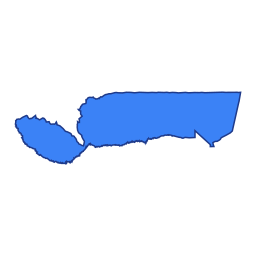 outline of Itilima, Simiyu, United Republic of Tanzania
{"feature_id": "72390352B56378812232391", "entity_name": "Itilima", "entity_type": "district", "adm_level": 2, "iso_a3": "TZA", "parent_name": "United Republic of Tanzania", "parent_adm1": "Simiyu", "projection": "robinson", "projection_center": [34.228, -2.888], "detail": "fine", "context": "isolated", "style": "filled", "palette": "blue", "viewbox_px": 256, "rotation_deg": 0, "n_neighbors": 0, "source": "geoboundaries", "source_scale": "gbopen_adm2", "svg_char_len": 5752}
<svg xmlns="http://www.w3.org/2000/svg" viewBox="0 0 256 256"><path d="M240.6,92.3L238.3,92.5L237.3,92.3L225.5,92.4L222.7,92.2L204.9,92.7L201.8,92.4L199.3,92.6L194.7,92.5L188.6,92.8L185.5,92.4L178.3,92.9L176.3,92.6L172.4,92.4L169.4,92.7L166.8,92.3L164.2,92.5L158.3,92.3L156.5,92.6L152.2,92.4L148.1,92.6L139.4,92.3L134.6,92.8L130.9,92.4L126.3,92.3L122.5,92.9L118.2,92.8L116.3,92.5L115.0,92.6L110.9,93.7L108.7,93.8L106.5,94.5L106.1,94.4L104.5,95.1L102.0,96.9L100.5,96.9L100.0,97.6L99.4,97.9L99.2,98.5L98.5,98.2L97.7,98.8L95.6,99.0L95.1,98.5L93.4,97.7L93.2,97.1L91.9,97.5L89.8,97.3L88.2,97.7L87.1,99.0L86.2,100.4L86.2,100.8L86.0,100.6L86.1,102.3L85.8,103.5L82.7,104.2L82.2,104.6L81.6,105.8L80.9,106.3L80.0,108.8L79.1,109.5L78.4,109.5L79.3,110.6L80.7,111.0L80.6,113.4L80.9,114.7L81.5,115.1L82.1,116.2L79.0,118.9L79.4,120.0L79.4,122.4L78.4,122.3L77.6,121.7L77.7,123.0L77.2,124.9L77.4,125.6L77.2,127.0L77.6,130.3L78.6,132.7L81.8,135.4L81.8,136.5L82.8,138.7L84.3,141.1L84.4,141.7L83.7,145.0L83.4,145.8L81.7,145.4L80.3,144.4L79.3,144.2L78.8,143.8L78.4,142.9L76.9,141.5L76.4,139.8L75.7,138.3L74.8,137.5L74.3,136.5L73.6,136.0L71.9,135.9L71.3,134.2L70.6,133.4L67.5,131.9L65.4,131.3L63.1,128.6L59.9,125.8L56.9,124.7L56.9,123.4L56.3,122.0L55.5,123.4L54.6,124.2L53.5,124.0L50.8,124.2L49.8,123.3L49.1,121.7L46.3,122.0L46.0,121.0L45.1,119.6L44.2,118.5L43.5,118.5L43.1,118.0L42.7,118.0L39.7,119.8L38.9,119.5L37.5,118.5L36.0,118.3L36.2,117.6L35.6,116.3L35.5,115.5L31.8,118.3L31.4,118.5L30.7,118.4L29.9,118.8L29.1,118.7L27.9,117.3L27.4,116.0L26.4,115.5L22.6,117.3L20.0,119.1L19.7,119.2L18.7,119.0L16.7,119.4L16.2,120.4L15.7,120.7L15.8,122.0L15.4,124.2L16.3,125.0L16.3,125.4L15.8,125.7L15.6,126.0L16.5,126.8L16.2,127.2L17.3,128.5L17.6,128.7L17.9,128.3L18.2,128.5L18.1,130.5L19.3,132.3L19.4,132.9L20.4,132.9L21.1,133.7L21.2,134.8L22.5,135.7L22.5,136.8L21.9,137.5L22.6,137.7L22.8,138.1L22.6,138.5L22.3,138.5L22.7,139.3L23.1,139.6L23.1,140.9L23.6,141.4L23.8,142.1L24.4,142.2L25.1,143.1L24.8,143.6L24.9,143.8L25.9,144.3L26.7,144.1L27.0,144.3L27.1,145.7L27.9,146.0L28.5,146.5L29.3,146.7L29.7,147.4L30.5,147.3L32.5,148.1L32.9,148.5L33.5,148.5L34.1,148.9L35.3,149.1L35.2,150.7L35.5,150.9L36.0,150.6L36.4,151.9L37.3,152.1L36.7,153.2L38.2,154.3L39.4,154.9L39.4,155.3L39.9,155.3L40.4,154.7L40.7,154.9L41.9,156.2L43.6,157.5L44.7,157.6L45.8,158.4L47.2,158.3L50.2,160.8L51.3,160.3L51.8,161.1L53.1,160.9L53.1,161.6L54.3,162.2L55.0,161.5L56.0,161.4L56.4,161.9L56.9,162.0L57.4,162.6L57.8,162.3L58.2,162.3L59.0,163.1L59.6,162.9L60.0,163.1L60.4,162.7L60.5,163.1L61.2,162.8L61.6,163.4L62.4,163.4L62.6,162.8L63.4,163.4L64.5,163.2L65.3,163.7L65.7,163.8L66.4,163.6L66.6,163.1L66.6,162.8L66.2,162.8L65.7,162.1L65.8,161.8L66.2,161.7L66.4,161.3L67.1,162.0L67.6,161.6L68.2,161.8L68.3,162.4L68.4,162.0L69.4,161.6L69.6,162.1L69.8,162.2L69.7,162.6L70.0,162.7L70.1,162.2L70.4,162.1L70.7,162.5L71.4,161.7L71.0,161.4L71.3,161.0L72.0,160.5L72.2,161.2L72.7,160.0L73.5,159.5L73.5,159.2L74.2,158.6L74.1,158.2L74.5,158.4L74.7,158.0L75.3,157.6L75.7,156.9L76.4,156.7L76.7,156.2L76.8,156.2L77.0,156.6L77.4,156.1L78.3,156.1L78.9,155.3L79.6,155.8L79.7,155.5L79.4,155.0L79.9,154.3L79.8,153.8L80.4,153.5L80.4,153.1L80.9,153.1L81.3,152.4L81.7,152.4L81.8,151.9L83.3,151.3L83.3,150.8L84.5,149.9L86.0,148.0L85.9,147.6L86.3,147.5L86.1,147.0L86.5,146.9L86.5,146.7L86.7,146.9L87.4,146.3L88.1,145.0L88.7,144.9L89.1,144.4L89.7,144.6L89.3,143.7L89.7,143.6L90.1,144.2L90.4,143.6L91.2,144.6L94.2,145.8L95.1,146.6L95.1,147.1L95.5,147.3L95.8,147.3L96.1,146.7L96.6,146.5L97.0,146.8L97.6,146.6L97.7,146.8L98.7,146.4L99.2,146.6L99.4,146.9L99.8,146.6L100.3,146.7L100.7,146.4L101.4,146.4L101.8,145.7L102.3,146.1L102.6,145.6L103.2,145.3L103.4,145.5L104.3,145.2L104.6,145.5L105.3,145.3L105.2,145.1L105.5,144.9L105.9,145.0L106.2,145.5L106.6,144.9L107.4,144.9L107.7,145.4L107.9,145.0L108.5,145.5L109.8,145.1L110.0,145.3L110.6,145.2L110.9,145.7L111.4,145.8L112.2,145.1L114.1,144.9L115.1,145.1L115.1,144.7L115.8,144.6L116.7,145.2L117.9,145.2L118.1,145.0L118.4,145.3L119.1,145.2L119.5,145.7L119.7,145.4L119.9,145.6L121.2,145.7L121.8,145.3L122.1,145.5L122.4,144.9L124.1,144.7L124.3,144.3L124.5,144.4L125.8,143.6L126.2,143.8L126.3,143.3L126.6,143.3L126.9,142.6L127.6,142.7L127.8,142.2L128.4,143.1L129.0,142.8L129.0,142.4L129.7,142.3L129.9,142.7L130.3,142.3L130.9,142.4L131.1,141.8L131.7,141.4L131.7,141.9L132.0,142.0L132.1,141.7L132.3,142.1L132.6,141.9L132.6,141.6L132.9,141.9L133.4,141.7L133.4,141.9L133.6,142.0L133.8,141.8L134.0,142.1L134.6,142.3L135.1,141.4L135.5,141.5L135.9,141.2L136.2,140.7L136.6,141.0L137.0,140.8L137.1,141.3L137.4,141.5L138.3,141.2L138.5,141.0L138.9,141.0L139.1,140.7L139.3,141.2L139.7,141.2L139.8,141.6L140.6,141.1L140.8,141.3L141.3,140.9L141.7,141.4L142.2,141.2L142.6,141.7L143.3,141.7L144.1,142.5L145.0,142.2L145.2,142.8L145.3,142.4L145.7,142.2L146.0,142.6L146.2,141.8L146.5,141.7L146.4,141.1L146.8,140.7L147.2,140.7L147.1,140.2L147.8,139.5L147.7,139.0L148.6,138.7L148.7,138.3L149.3,139.0L150.0,139.1L150.3,138.8L150.6,139.1L151.0,138.8L151.5,139.2L152.0,138.9L152.5,138.2L153.1,138.0L153.3,138.3L153.5,137.9L154.8,137.6L155.0,137.7L154.8,137.9L155.0,138.2L156.6,138.2L157.5,137.9L157.8,137.5L158.4,137.4L158.8,137.6L159.4,137.0L161.4,135.9L163.8,135.8L164.1,135.4L165.1,135.1L167.2,135.2L167.6,134.8L168.1,134.8L168.4,135.2L169.1,135.1L169.2,134.8L169.9,135.1L170.6,135.0L171.2,135.2L172.1,136.0L172.4,135.6L173.3,135.9L174.1,135.8L174.6,136.1L179.2,137.3L181.0,137.5L182.1,138.1L183.3,138.1L184.4,137.6L185.4,137.4L189.3,137.8L195.0,137.5L195.0,130.7L210.3,144.6L210.3,146.6L213.9,146.5L213.1,144.1L212.9,142.6L215.1,141.4L217.2,141.3L219.5,140.0L220.4,139.2L221.0,138.0L221.6,137.5L226.3,135.1L230.4,132.8L232.3,131.0L238.7,102.5L239.0,101.5L240.6,92.3Z" fill="#3b82f6" stroke="#1e3a8a" stroke-width="1.5"/></svg>